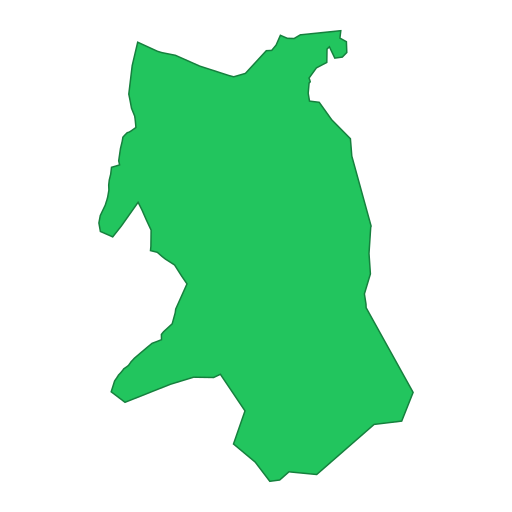 the district of Kaga, Borno, Nigeria
{"feature_id": "59680162B15311652495769", "entity_name": "Kaga", "entity_type": "district", "adm_level": 2, "iso_a3": "NGA", "parent_name": "Nigeria", "parent_adm1": "Borno", "projection": "robinson", "projection_center": [12.335, 11.599], "detail": "fine", "context": "isolated", "style": "filled", "palette": "green", "viewbox_px": 512, "rotation_deg": 0, "n_neighbors": 0, "source": "geoboundaries", "source_scale": "gbopen_adm2", "svg_char_len": 2015}
<svg xmlns="http://www.w3.org/2000/svg" viewBox="0 0 512 512"><path d="M413.1,392.4L366.1,307.7L366.0,304.2L364.4,293.9L370.4,273.9L369.0,253.5L370.7,227.4L371.1,226.1L351.8,156.1L351.2,148.5L350.4,138.7L331.7,119.8L319.2,102.3L309.5,101.1L308.2,93.3L309.1,82.9L309.8,82.4L310.2,81.7L309.6,79.5L309.0,78.1L316.4,67.9L326.8,62.4L327.0,49.1L329.4,46.8L334.8,58.1L342.3,57.1L346.8,52.5L346.4,41.7L339.9,38.1L340.8,30.7L340.7,30.7L300.4,34.8L294.1,38.5L287.3,38.3L280.4,35.3L276.1,45.1L271.7,50.4L266.3,50.7L245.4,73.4L233.7,76.8L228.8,75.5L199.7,66.1L175.4,55.3L161.8,52.6L157.5,51.3L137.7,42.2L132.2,65.6L129.6,87.4L128.8,94.1L130.3,101.7L131.5,108.2L134.7,116.1L134.8,116.7L134.8,117.1L134.9,117.3L135.4,121.6L135.4,121.8L135.6,123.8L135.8,126.1L135.8,126.3L135.8,126.6L135.9,126.8L135.9,127.0L135.9,127.3L135.9,127.5L131.1,130.9L129.2,132.1L127.2,132.7L124.6,135.3L122.9,137.2L122.2,141.4L120.5,148.4L118.7,160.8L119.6,164.9L115.7,166.1L111.5,167.3L110.7,174.2L109.3,179.9L108.7,185.0L108.9,190.1L107.7,197.0L106.9,200.0L106.2,202.1L105.2,205.4L105.1,205.5L100.3,215.5L99.5,219.7L98.9,223.0L100.4,231.5L109.2,235.3L110.3,235.8L112.7,236.9L121.4,225.9L138.1,202.3L142.0,210.0L146.3,219.8L151.1,230.1L150.9,246.3L150.5,250.6L157.3,252.3L162.1,256.5L165.4,259.1L174.6,265.0L181.6,276.0L187.0,283.9L175.7,309.1L175.2,312.9L172.2,323.8L163.6,331.7L161.5,334.3L161.4,334.4L161.5,339.7L156.4,341.7L152.1,343.3L147.5,347.1L141.2,352.4L135.8,357.0L135.6,357.2L134.4,358.2L132.4,360.4L132.3,360.5L131.1,361.7L130.4,362.8L128.5,365.4L127.0,366.6L123.8,368.8L123.4,369.3L123.2,369.7L121.1,372.3L121.0,372.5L120.9,372.5L120.7,372.7L120.7,372.8L120.5,373.0L118.4,375.2L117.7,376.5L117.5,376.8L117.4,376.9L117.4,377.0L117.2,377.1L117.2,377.3L116.1,378.8L114.6,381.0L111.2,391.8L125.0,402.3L170.3,384.3L193.6,377.2L213.6,377.5L220.4,374.3L245.0,410.9L233.5,444.0L255.2,462.1L269.8,481.3L279.7,480.0L289.0,471.8L292.8,472.2L316.7,474.5L374.1,424.4L401.7,421.1L413.1,392.4Z" fill="#22c55e" stroke="#15803d" stroke-width="1.5"/></svg>